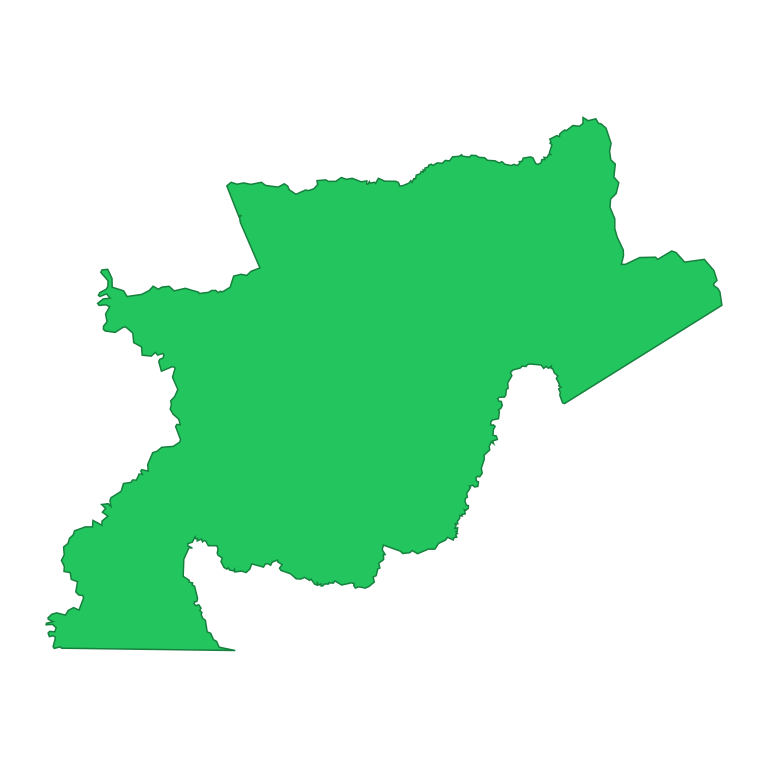 outline of San Martín, Cesar, Colombia
{"feature_id": "7082276B46554882467898", "entity_name": "San Martín", "entity_type": "district", "adm_level": 2, "iso_a3": "COL", "parent_name": "Colombia", "parent_adm1": "Cesar", "projection": "orthographic", "projection_center": [-73.563, 7.931], "detail": "fine", "context": "isolated", "style": "filled", "palette": "green", "viewbox_px": 768, "rotation_deg": 0, "n_neighbors": 0, "source": "geoboundaries", "source_scale": "gbopen_adm2", "svg_char_len": 6086}
<svg xmlns="http://www.w3.org/2000/svg" viewBox="0 0 768 768"><path d="M107.7,269.3L101.9,270.0L100.8,272.4L108.0,280.7L107.9,286.5L106.1,289.3L99.9,292.5L98.4,295.4L100.0,296.5L106.5,293.9L110.1,298.1L103.1,299.0L97.6,303.4L99.1,305.4L105.8,304.8L109.6,306.7L105.6,314.0L107.0,321.8L103.5,326.2L103.4,329.3L105.2,331.0L115.1,332.4L123.3,327.2L125.8,327.0L132.8,333.1L133.7,342.6L141.5,346.9L142.2,355.2L151.3,356.1L155.4,352.4L157.6,355.1L162.9,353.5L163.9,355.0L162.9,358.1L159.8,359.3L158.7,361.5L161.4,371.2L171.7,366.9L173.1,366.8L174.3,367.3L175.1,368.3L172.5,377.3L177.8,389.4L174.7,396.6L170.6,400.9L171.4,404.3L170.2,409.2L173.3,414.4L178.7,419.1L180.3,424.7L176.9,424.4L175.6,426.5L180.6,439.8L179.5,442.3L173.2,446.4L161.7,447.3L157.3,451.1L152.7,452.7L147.7,464.5L148.2,471.1L141.7,469.7L140.8,471.0L142.4,474.4L139.2,474.0L136.4,480.1L132.5,480.0L130.9,482.4L123.5,483.5L121.1,491.4L111.1,497.6L109.9,500.4L110.9,506.5L108.2,503.7L101.6,504.5L105.6,508.4L102.4,512.2L107.9,516.1L102.0,521.1L101.9,525.3L93.0,520.4L92.5,526.9L85.3,526.9L74.6,530.8L73.1,535.0L69.5,538.3L68.0,543.4L63.6,547.0L64.2,554.9L61.4,560.4L64.3,566.5L64.0,571.5L70.2,572.6L71.3,579.4L77.5,581.7L75.8,591.9L78.7,595.0L82.7,595.5L83.6,597.9L79.0,610.1L73.6,607.6L68.2,610.5L65.5,615.1L56.7,612.9L51.8,614.2L48.0,617.9L48.3,619.3L53.1,621.6L46.4,623.3L46.1,624.8L52.6,624.4L56.2,627.9L54.7,631.8L49.6,631.4L48.1,633.1L49.4,636.6L53.5,635.7L55.5,637.6L53.1,646.7L54.2,648.4L60.4,646.9L61.5,648.2L235.2,650.5L219.2,647.2L216.5,641.3L213.5,639.7L210.7,633.3L207.2,631.8L205.4,620.4L202.7,618.3L201.2,614.7L201.9,612.3L199.8,610.7L201.0,608.1L198.7,604.7L195.7,605.7L194.2,603.8L194.4,601.8L196.8,601.6L197.6,598.5L194.6,586.3L192.2,585.0L192.6,582.9L189.2,582.1L189.2,580.3L183.2,576.3L183.8,559.2L189.0,547.7L192.4,548.1L187.8,545.7L187.7,543.8L192.4,542.1L195.1,536.9L195.8,538.8L197.4,538.6L197.2,540.9L201.4,539.1L202.5,541.9L204.0,540.5L205.9,541.2L208.3,545.7L216.9,545.7L218.1,549.0L217.2,553.0L218.1,555.3L222.2,558.0L221.0,561.7L224.1,567.5L226.9,569.1L228.2,567.8L229.6,570.0L233.5,570.9L234.5,569.2L234.9,572.0L241.4,571.1L246.2,572.5L249.9,569.0L251.7,563.9L263.5,567.1L265.2,564.2L267.6,563.6L270.6,565.2L272.2,562.1L277.5,560.1L277.8,561.9L282.1,564.6L279.5,568.2L280.9,570.4L290.4,573.7L296.2,578.8L301.0,579.0L304.5,577.4L309.6,580.4L311.0,579.1L314.7,584.2L317.3,585.1L317.3,583.0L318.9,585.0L321.1,584.0L321.0,585.9L322.7,585.9L324.4,584.1L328.6,584.0L328.7,582.9L333.4,583.1L334.9,580.9L341.6,585.0L351.6,582.8L354.3,583.9L353.7,585.5L355.4,588.1L358.9,586.8L365.3,588.1L368.9,586.5L374.3,582.1L373.1,577.1L376.2,575.6L377.8,568.9L379.9,568.0L378.7,563.2L383.6,559.6L383.5,554.6L385.1,554.5L382.2,549.7L383.4,545.1L400.5,551.2L402.6,553.5L409.7,552.7L412.4,550.6L417.5,553.7L428.4,549.1L434.9,549.1L438.6,543.4L445.4,540.2L447.6,537.3L453.2,540.0L454.2,537.6L456.7,537.1L455.7,534.6L457.4,533.5L455.9,531.8L457.2,531.5L457.6,527.8L455.0,528.4L456.1,525.2L455.2,523.8L457.8,523.8L457.3,521.4L459.6,518.5L459.8,515.6L462.2,516.0L461.7,514.5L465.2,513.9L464.4,509.6L465.7,510.4L468.3,508.4L468.4,505.6L466.3,505.1L465.0,501.0L465.5,498.3L467.4,497.2L466.7,493.4L470.4,487.7L469.3,486.2L472.9,485.3L474.6,487.0L477.8,486.4L478.5,481.9L476.3,480.9L476.0,477.9L477.5,476.2L479.7,476.8L482.2,473.2L481.3,468.2L484.2,459.6L484.1,455.1L489.7,450.0L489.2,446.4L491.3,441.9L493.6,443.7L492.5,441.0L497.4,439.5L496.3,436.0L493.0,435.2L493.3,429.7L495.1,426.4L493.5,424.9L490.9,425.2L490.7,422.5L492.1,420.1L498.5,418.7L499.4,411.3L498.3,409.8L500.7,408.6L502.3,405.4L501.2,401.4L499.1,401.2L497.6,398.8L499.5,397.2L504.4,397.1L505.8,395.1L506.3,389.4L508.1,388.4L507.7,382.9L511.9,375.7L510.4,372.4L513.1,369.9L520.4,368.0L522.2,366.1L526.1,366.5L527.3,364.6L530.0,364.0L541.1,365.0L543.7,368.4L545.9,366.5L548.6,368.3L551.3,366.1L551.2,368.5L552.6,368.5L554.4,373.0L557.9,376.0L556.3,378.4L559.5,384.3L558.8,385.8L561.0,387.0L558.7,388.9L560.3,392.4L559.8,395.2L562.5,402.8L564.5,403.6L721.9,305.3L719.9,291.9L717.9,288.5L713.7,285.5L713.9,283.5L717.0,280.4L713.9,270.6L704.3,259.4L684.6,262.1L676.0,252.5L671.7,251.0L657.6,259.4L655.6,257.2L639.8,257.5L625.4,264.4L621.4,264.3L623.5,255.8L623.3,250.0L617.1,236.9L614.8,228.6L614.8,218.9L610.0,207.2L610.6,199.0L616.1,193.6L618.8,182.8L613.9,177.1L615.3,164.1L610.8,159.8L609.6,151.1L611.1,143.3L606.0,128.1L601.1,123.9L598.5,123.4L595.8,118.8L588.2,120.7L583.0,117.5L583.0,123.5L579.4,126.3L572.9,125.5L566.4,130.6L564.8,130.0L562.0,131.9L559.7,134.1L559.5,136.7L556.9,135.6L549.8,139.1L551.0,142.2L550.0,143.1L551.9,144.8L549.3,153.0L550.9,154.6L548.6,154.6L546.9,157.6L543.9,157.3L544.8,159.5L541.7,159.7L541.1,162.9L537.8,164.4L535.6,163.5L533.0,157.9L530.5,156.9L523.2,158.1L522.1,161.3L519.3,161.6L520.0,162.9L517.4,165.5L513.9,164.4L511.5,165.5L504.9,164.3L502.0,161.7L499.1,162.9L495.0,160.8L487.5,160.3L484.6,157.7L478.7,157.3L476.2,155.6L471.3,155.2L469.4,157.1L462.7,156.2L461.5,154.7L459.3,156.3L452.6,156.8L449.5,160.9L445.3,160.4L442.3,163.3L437.2,162.9L433.0,165.4L431.3,164.2L428.7,165.2L428.3,167.0L425.0,168.1L424.9,170.7L423.1,169.9L423.2,172.1L421.1,171.5L420.2,173.8L416.2,175.2L415.6,178.8L413.9,178.6L412.0,182.4L410.8,180.7L408.9,183.2L402.9,185.6L399.9,186.1L398.4,182.5L395.7,181.3L384.9,181.2L378.4,178.3L375.6,183.3L374.6,182.3L370.2,183.2L369.4,181.6L367.9,184.2L366.6,183.9L366.9,180.9L361.2,181.8L352.2,178.3L346.5,179.3L341.3,177.5L335.9,181.3L328.4,181.4L325.9,179.9L317.0,180.6L317.6,184.7L313.9,188.7L308.6,190.6L305.5,190.0L295.9,194.3L289.1,189.6L287.7,186.1L284.3,183.8L278.1,187.1L265.6,185.4L261.4,182.3L250.9,184.4L243.6,182.9L237.0,184.2L231.1,182.3L226.8,185.9L239.3,217.7L239.1,216.0L241.6,215.3L239.5,216.8L240.3,222.4L259.9,267.9L250.9,271.4L246.8,275.4L241.0,274.3L233.7,276.1L230.1,287.3L222.2,292.0L220.5,291.2L218.2,292.6L215.7,290.4L211.5,290.5L208.7,292.3L199.2,293.5L198.6,292.2L185.2,288.3L174.2,290.9L169.1,286.3L161.8,287.1L158.4,289.2L153.1,286.2L149.4,290.4L141.7,294.4L127.1,296.5L123.6,290.8L112.2,287.2L112.0,278.5L107.7,269.3Z" fill="#22c55e" stroke="#15803d" stroke-width="1.5"/></svg>